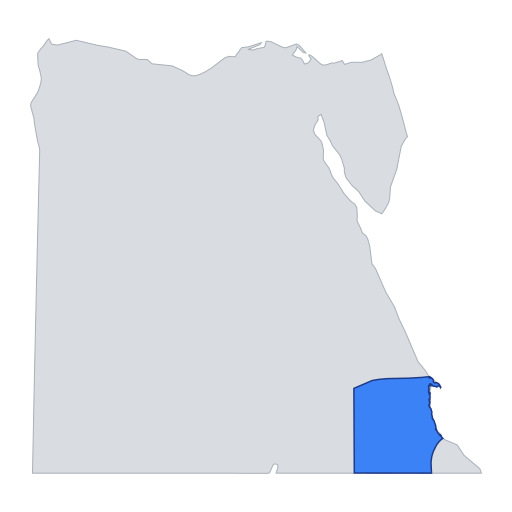 Shallatin, Al Bahr al Ahmar, Egypt (highlighted)
{"feature_id": "37247803B26246524516343", "entity_name": "Shallatin", "entity_type": "district", "adm_level": 2, "iso_a3": "EGY", "parent_name": "Egypt", "parent_adm1": "Al Bahr al Ahmar", "projection": "natural_earth1", "projection_center": [35.577, 23.072], "detail": "fine", "context": "in_parent", "style": "filled", "palette": "blue", "viewbox_px": 512, "rotation_deg": 0, "n_neighbors": 0, "source": "geoboundaries", "source_scale": "gbopen_adm2", "svg_char_len": 7770}
<svg xmlns="http://www.w3.org/2000/svg" viewBox="0 0 512 512"><path d="M481.3,473.2L468.9,473.2L456.5,473.2L444.1,473.2L431.7,473.2L419.4,473.2L407.0,473.2L394.6,473.2L382.2,473.2L369.8,473.2L357.5,473.2L345.1,473.2L332.7,473.2L320.3,473.2L307.9,473.2L295.5,473.2L283.2,473.2L276.1,473.2L277.3,469.2L278.1,466.4L277.3,464.4L274.9,463.9L273.3,464.5L269.5,472.9L267.6,473.3L263.2,473.3L248.8,473.3L234.4,473.2L219.9,473.2L205.5,473.2L191.1,473.2L176.7,473.2L162.3,473.2L147.8,473.2L133.4,473.2L119.0,473.2L104.6,473.2L90.2,473.2L75.8,473.2L61.3,473.2L46.9,473.2L32.5,473.2L32.7,463.1L32.9,453.0L33.1,442.9L33.3,432.8L33.5,422.8L33.7,412.7L33.9,402.6L34.1,392.5L34.3,382.4L34.5,372.3L34.7,362.2L35.0,352.1L35.2,342.0L35.4,331.9L35.6,321.8L35.9,311.7L36.1,301.6L36.3,291.5L36.5,281.4L36.8,271.3L37.0,261.2L37.2,251.1L37.5,241.0L37.7,230.9L38.0,220.8L38.2,210.7L38.5,200.5L38.7,190.4L39.0,180.3L39.2,170.2L39.5,160.1L39.7,150.0L39.5,148.1L37.6,141.3L36.0,132.5L34.2,121.8L34.0,118.3L30.9,107.3L30.7,104.2L31.6,101.9L37.5,92.6L39.3,88.1L40.8,82.7L41.4,78.3L40.0,71.5L38.2,65.5L37.8,59.3L37.7,53.2L40.6,49.0L44.1,45.1L45.5,42.7L47.6,40.0L49.0,38.7L51.6,44.2L57.4,45.1L76.3,40.3L96.9,45.2L108.3,47.1L125.9,51.2L136.5,58.6L139.4,59.6L147.1,59.4L152.1,63.8L172.2,65.9L182.9,70.8L188.9,74.7L192.6,75.8L195.8,75.7L200.2,74.2L205.8,71.5L211.9,67.7L224.5,58.0L228.9,56.3L231.8,56.7L235.3,56.6L236.8,54.0L238.6,52.2L239.8,50.1L241.8,47.6L248.2,46.9L261.3,42.7L259.8,44.7L247.9,49.5L253.0,50.0L258.2,48.4L264.1,47.4L265.2,45.4L266.0,41.6L267.1,41.1L271.2,41.8L283.3,47.6L286.3,47.7L294.9,44.5L296.8,43.9L299.5,45.6L305.8,52.9L303.6,52.7L296.9,46.5L296.2,49.6L292.3,55.1L297.1,57.4L301.0,58.3L303.1,61.3L304.4,64.0L308.3,62.9L311.1,59.2L309.7,57.1L308.7,55.0L310.0,54.9L312.6,56.7L320.3,63.7L322.9,65.1L325.9,64.9L332.1,62.9L333.9,63.2L342.3,60.6L343.3,62.5L344.7,64.4L351.4,62.3L362.1,62.3L370.8,60.1L380.9,54.5L381.7,53.7L382.2,55.1L383.4,58.8L386.4,68.4L389.1,76.0L392.3,86.4L393.3,90.4L393.8,93.1L398.5,104.6L401.3,114.0L403.4,121.7L406.3,132.8L407.5,136.7L405.5,138.8L401.3,146.0L396.8,169.1L390.4,187.1L389.7,198.4L388.7,202.5L385.6,208.2L381.9,213.8L375.4,210.9L364.9,201.1L358.8,191.7L352.2,185.7L346.0,177.7L344.3,171.9L344.4,168.2L341.7,159.2L339.7,154.9L332.2,145.3L330.0,140.2L328.4,138.0L326.7,134.7L324.1,122.3L321.1,114.4L317.7,116.6L318.2,119.9L315.2,124.5L313.4,129.8L314.7,134.2L320.9,140.8L322.1,143.7L323.5,150.0L323.2,158.6L324.2,161.5L328.8,167.8L330.5,171.6L331.5,174.8L333.0,177.8L337.6,183.3L344.2,193.8L350.5,200.9L355.0,204.4L356.9,207.8L357.3,216.7L357.0,220.9L360.9,228.8L362.4,232.9L366.3,236.1L368.0,239.9L369.7,246.0L372.0,264.0L375.4,268.4L385.8,292.1L394.6,307.1L398.8,318.3L405.3,331.9L418.1,361.8L425.7,371.0L428.7,376.2L434.2,380.2L440.2,385.9L434.5,385.4L433.1,385.7L431.1,386.7L430.1,390.2L429.7,393.1L430.4,408.2L432.0,415.9L437.0,430.5L440.7,434.9L442.6,437.7L445.1,439.8L457.0,444.8L464.0,455.3L479.7,468.6L481.2,472.3L481.3,473.2Z" fill="#d9dde1" stroke="#a8b0b8" stroke-width="1"/><path d="M442.8,438.5L442.7,438.4L442.4,438.0L441.9,437.5L441.6,437.1L441.4,436.8L441.3,436.6L441.1,436.4L441.0,436.2L441.1,435.9L441.1,435.7L440.9,435.4L440.7,435.1L440.6,434.9L440.5,434.7L440.3,434.8L440.2,434.9L440.2,435.1L440.3,435.1L440.6,435.2L440.6,435.3L440.6,435.5L440.3,435.6L440.1,435.6L440.0,435.4L439.9,435.3L439.5,434.9L439.3,434.6L439.1,434.3L438.9,434.0L438.7,433.9L438.7,433.7L438.7,433.4L438.4,433.4L438.1,433.2L437.9,433.0L437.7,432.5L437.6,432.4L437.5,432.1L437.3,431.8L437.2,431.6L436.9,431.2L436.8,430.7L436.7,430.4L436.6,430.2L436.5,429.9L436.4,429.9L436.4,430.0L436.3,430.3L436.2,430.5L436.2,430.3L435.9,430.4L436.0,430.3L435.9,430.0L435.7,429.6L435.6,429.2L435.8,428.9L436.0,429.2L436.1,429.3L436.2,429.2L436.1,428.8L436.0,428.5L435.8,428.0L435.7,427.6L435.8,427.0L435.7,426.4L435.7,426.1L435.6,425.4L435.5,425.0L435.2,424.1L435.0,423.7L434.7,423.0L434.5,422.3L434.4,421.8L434.3,421.5L434.1,421.3L434.0,420.8L433.8,420.3L433.5,420.1L433.1,419.9L433.1,419.7L433.0,419.3L433.0,418.9L432.8,418.7L432.6,418.6L432.3,418.4L432.3,417.8L432.3,417.0L432.3,416.3L432.1,415.9L431.8,415.3L431.7,414.5L431.7,413.6L431.8,413.0L431.8,411.9L431.7,411.4L431.5,410.9L431.4,410.3L431.2,409.6L431.0,409.0L430.8,408.6L430.5,408.3L430.3,407.9L430.2,407.8L429.9,407.7L429.7,407.3L429.4,406.9L429.2,406.4L429.1,406.2L429.3,406.0L429.2,405.8L429.1,405.6L429.0,405.3L428.9,405.1L428.9,404.8L429.0,404.7L429.1,404.9L429.1,405.1L429.1,405.3L429.2,405.1L429.2,404.9L429.4,404.3L429.6,403.8L429.7,403.1L429.7,402.6L429.8,402.3L429.9,401.8L429.9,401.5L429.8,401.4L429.7,401.3L429.5,401.6L429.3,401.6L429.2,401.5L429.2,400.8L429.3,400.7L429.4,400.8L429.4,401.1L429.5,401.1L429.6,400.6L429.5,399.9L429.4,399.5L429.1,399.4L429.1,399.1L429.2,398.8L429.3,398.7L429.5,398.8L429.6,399.1L429.7,399.3L429.7,399.5L429.8,399.6L429.9,399.0L430.0,397.6L430.0,396.9L429.9,396.1L429.8,395.2L429.8,394.9L429.8,394.7L429.6,394.6L429.4,394.4L429.2,394.2L429.2,393.9L429.3,393.7L429.5,393.9L429.6,393.7L429.9,393.7L429.9,394.0L429.8,394.3L430.1,394.2L430.1,393.8L430.1,393.2L430.0,392.8L429.9,392.5L429.8,392.4L429.7,392.4L429.5,392.8L429.4,393.1L429.4,393.3L429.2,393.3L429.0,393.1L428.9,392.9L428.7,392.6L428.7,391.7L428.6,391.3L428.7,391.1L428.8,391.2L429.0,391.0L428.9,390.7L428.9,390.4L428.8,390.2L428.7,389.9L428.7,389.7L428.8,389.5L429.0,389.8L429.1,389.6L429.1,389.3L429.2,389.2L429.1,388.9L429.2,388.6L429.0,388.8L428.9,388.8L428.9,388.5L429.0,388.0L429.0,387.8L428.9,387.6L429.0,387.4L429.0,387.1L428.9,387.0L428.7,387.1L428.7,386.9L428.8,386.8L428.8,386.6L428.6,386.6L428.6,386.2L428.6,385.8L428.7,385.7L428.7,385.8L428.8,386.0L429.0,385.8L429.0,385.7L429.3,385.3L429.5,385.1L429.4,384.9L429.5,384.6L429.6,384.3L429.7,384.0L429.8,384.0L429.9,383.9L430.2,383.8L430.4,383.9L430.6,384.1L430.8,384.1L431.1,384.1L431.2,384.3L431.3,384.4L431.5,384.4L431.7,384.5L431.8,384.7L431.7,384.8L431.3,385.0L431.0,385.1L430.9,385.2L430.6,385.3L430.4,385.4L430.4,385.5L430.6,385.6L430.3,385.8L430.0,386.1L430.3,386.0L430.7,385.7L430.9,385.4L431.3,385.1L431.5,385.0L431.7,384.9L432.0,384.9L432.3,385.1L432.3,385.4L432.5,385.7L432.8,385.9L433.3,386.1L434.2,386.3L434.5,386.3L434.7,386.2L434.9,386.1L435.1,386.3L435.3,386.4L435.7,386.5L435.9,386.6L436.2,386.8L436.5,387.0L436.9,387.0L437.1,386.7L437.4,386.5L437.7,386.4L438.0,386.2L438.3,385.8L438.5,385.8L438.7,385.7L438.9,385.6L439.0,385.6L439.4,385.7L439.6,385.8L439.8,386.1L439.7,386.2L439.7,386.5L439.9,386.6L440.0,386.8L440.2,387.0L440.3,387.1L440.4,387.3L440.4,387.5L440.5,387.7L440.8,387.2L440.6,386.9L440.3,386.8L440.1,386.5L440.0,386.2L439.9,385.9L439.8,385.7L439.7,385.4L439.8,385.2L439.7,385.1L439.5,384.9L439.3,384.6L439.2,384.4L438.9,384.0L438.6,383.8L438.3,383.7L438.2,383.5L438.1,383.3L437.9,383.3L437.6,383.2L437.4,383.2L437.1,382.9L436.8,382.8L436.6,382.7L436.4,382.6L436.2,382.6L435.9,382.7L435.7,382.7L435.4,382.7L435.3,382.8L435.2,382.9L435.1,383.0L434.9,383.1L434.6,382.9L434.4,382.7L434.2,382.5L434.1,382.4L433.9,382.4L433.7,382.4L433.4,382.1L433.3,381.9L433.3,381.6L433.4,381.4L433.4,380.9L433.4,380.5L433.2,380.1L433.1,379.7L432.9,379.4L432.8,379.1L432.7,378.9L432.2,378.6L431.9,378.4L431.7,378.0L431.6,377.8L431.4,377.7L431.2,377.8L431.0,378.0L430.8,377.9L430.6,377.7L430.3,377.4L430.2,377.2L430.0,376.9L429.9,376.6L429.7,376.6L429.4,376.7L429.3,376.8L429.2,376.8L429.3,376.9L429.3,377.0L429.4,376.9L429.5,377.0L429.8,377.3L430.0,377.5L430.0,377.9L429.9,378.0L429.6,378.1L429.4,377.9L429.3,377.7L429.3,377.3L429.3,377.2L429.2,377.1L429.0,376.9L428.9,376.8L428.8,376.7L422.0,377.4L408.8,378.2L387.6,378.6L378.8,379.4L372.2,380.5L353.9,388.4L354.3,473.0L431.5,473.1L431.0,462.5L431.7,456.7L433.1,452.0L434.7,448.6L436.5,445.0L439.1,441.6L441.2,439.5L442.8,438.5Z" fill="#3b82f6" stroke="#1e3a8a" stroke-width="1.5"/></svg>